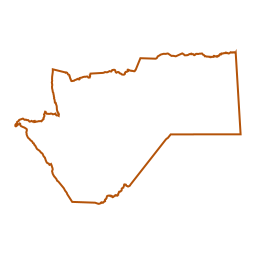 Kitui East, Eastern, Kenya
{"feature_id": "3690345B42600282373755", "entity_name": "Kitui East", "entity_type": "district", "adm_level": 2, "iso_a3": "KEN", "parent_name": "Kenya", "parent_adm1": "Eastern", "projection": "albers", "projection_center": [38.352, -1.41], "detail": "fine", "context": "isolated", "style": "outline", "palette": "amber", "viewbox_px": 256, "rotation_deg": 0, "n_neighbors": 0, "source": "geoboundaries", "source_scale": "gbopen_adm2", "svg_char_len": 5610}
<svg xmlns="http://www.w3.org/2000/svg" viewBox="0 0 256 256"><path d="M235.7,52.7L235.6,52.9L234.9,52.6L234.4,52.6L234.1,52.2L233.2,52.5L232.8,52.3L232.5,52.5L232.0,52.7L231.7,52.6L231.3,52.3L230.7,52.2L230.0,52.7L229.7,53.1L229.1,53.4L228.6,53.5L227.7,53.0L227.3,53.2L226.8,53.0L226.7,53.0L226.1,52.6L225.9,52.6L225.7,53.0L225.3,52.8L225.0,53.1L224.3,53.2L224.0,53.1L223.5,53.3L223.2,53.3L223.0,53.5L222.8,53.6L222.0,53.5L221.6,53.9L221.5,53.6L221.3,53.5L220.9,53.8L220.9,54.1L220.7,54.3L220.1,54.2L219.9,54.7L219.7,54.7L219.2,55.6L218.9,55.7L218.7,55.5L218.3,55.8L218.3,56.1L217.7,56.5L217.4,56.0L216.8,56.1L216.4,56.6L216.0,56.4L215.4,56.4L214.7,56.0L214.3,55.9L213.8,55.9L213.7,56.1L213.8,56.3L213.8,56.6L213.4,56.6L213.3,56.9L212.6,56.9L211.8,56.8L210.9,57.2L210.3,57.2L209.9,56.7L209.2,56.9L208.9,56.7L208.0,56.7L207.9,56.6L207.5,56.6L207.0,56.5L206.5,56.6L205.5,56.1L204.9,56.3L204.1,55.2L202.9,54.6L202.1,53.5L201.5,53.5L200.7,53.7L199.4,53.7L198.4,54.0L197.6,53.9L197.3,54.0L196.9,53.8L196.0,53.9L195.5,54.5L195.1,54.6L194.8,55.0L194.2,55.2L193.8,54.9L193.9,54.5L193.0,54.1L191.8,54.2L191.6,53.7L191.4,53.6L190.4,53.9L190.1,54.2L189.4,54.1L188.0,55.0L187.3,55.1L186.9,55.3L186.4,55.2L185.5,55.3L184.8,55.3L184.3,54.9L183.9,54.4L183.5,54.3L182.6,53.5L182.2,53.4L175.8,56.3L173.1,55.8L171.5,55.9L168.1,53.6L167.6,53.5L165.7,53.9L163.7,53.8L161.7,54.3L160.4,54.7L159.9,55.2L157.7,56.4L157.1,57.7L156.5,58.3L155.7,58.7L140.4,58.2L135.7,69.8L135.3,70.0L135.1,70.6L134.6,71.2L134.1,71.3L133.1,71.0L132.7,71.0L131.8,70.7L131.2,70.9L130.7,70.6L130.3,70.6L129.6,70.4L129.2,70.1L128.8,70.2L128.0,69.6L127.7,69.7L127.6,70.5L127.9,71.2L127.0,71.6L126.7,71.9L125.7,71.9L125.1,72.6L124.9,73.1L125.0,73.6L124.7,74.2L123.9,74.7L123.4,74.7L123.0,74.6L122.1,74.6L120.8,73.6L119.7,73.3L119.5,72.9L119.1,72.7L118.7,72.1L117.8,72.0L117.3,72.2L116.5,72.7L115.8,72.3L115.5,71.6L115.1,70.2L114.0,69.7L113.6,69.9L112.3,70.0L111.3,71.5L110.5,71.4L109.6,71.1L107.5,72.2L106.7,72.3L105.3,72.1L104.6,72.2L103.9,72.7L102.8,72.9L90.5,73.6L90.2,75.0L89.8,75.2L90.1,76.5L89.8,76.9L89.7,77.5L88.7,77.6L88.4,77.6L88.0,77.1L87.7,76.9L87.3,76.5L86.1,76.6L85.4,76.8L84.6,76.7L83.2,77.0L82.6,77.2L81.6,77.7L81.0,77.7L79.5,78.1L79.0,78.7L79.0,79.0L79.3,79.4L79.1,79.5L78.2,79.1L77.7,79.1L77.4,78.9L76.5,79.5L74.4,80.3L74.1,80.7L71.9,81.1L71.4,81.0L71.3,80.4L70.7,79.7L70.5,78.7L70.1,78.1L69.9,77.0L69.5,76.5L69.6,76.1L69.4,75.3L68.9,74.7L68.1,74.5L67.1,72.8L66.7,72.6L65.9,72.3L65.5,72.4L65.4,72.6L64.9,72.3L52.8,69.3L52.8,71.8L52.1,77.0L52.1,78.4L52.0,79.1L52.2,80.8L51.8,82.5L52.1,83.5L52.0,83.9L52.3,84.9L52.0,86.6L52.1,88.3L52.5,90.0L52.8,92.0L53.4,93.1L53.4,93.9L53.8,95.4L53.8,96.2L54.2,97.6L54.0,98.2L54.6,99.9L54.9,102.6L55.6,102.7L55.8,103.0L56.1,104.5L56.4,105.1L56.7,106.2L56.9,109.5L57.3,111.2L57.5,111.7L57.8,112.0L57.9,112.9L58.6,113.4L58.6,113.8L58.9,114.3L58.8,115.0L58.6,115.4L58.6,115.8L57.7,115.3L56.6,115.4L55.6,114.4L55.4,113.6L54.5,114.0L53.0,114.3L52.8,114.3L52.3,113.9L50.9,113.5L50.0,113.9L49.6,113.9L47.5,113.8L46.7,113.7L46.4,113.2L45.7,112.7L45.6,111.8L45.1,111.7L44.7,113.3L44.3,114.1L44.0,114.4L44.0,114.7L44.4,115.1L44.4,116.1L43.9,117.2L43.7,118.0L43.4,118.2L43.6,119.0L43.0,119.5L42.8,119.9L42.5,120.0L42.0,120.5L41.9,120.8L41.5,121.3L40.9,121.1L39.4,121.2L39.0,121.1L37.6,121.5L36.6,121.6L35.8,121.5L35.6,121.9L34.9,122.0L35.0,121.7L35.0,121.4L34.4,121.5L34.2,121.4L34.2,121.2L33.8,121.4L33.6,121.1L33.4,121.1L32.9,121.7L32.5,121.6L31.5,120.9L30.8,121.3L29.9,121.6L29.5,121.6L28.2,120.1L26.9,120.1L26.4,119.8L25.8,119.6L25.0,119.9L24.8,119.8L23.9,119.4L23.3,118.8L22.9,118.6L19.2,119.9L18.9,120.7L18.4,121.1L17.4,121.7L17.1,122.0L17.2,122.8L17.1,123.1L16.2,123.7L15.4,124.7L15.4,125.2L16.1,125.7L16.0,126.0L15.6,126.2L15.7,126.3L16.0,126.3L16.4,126.1L17.6,124.9L18.7,124.3L19.7,123.4L20.2,123.8L20.3,125.1L21.0,126.1L22.9,127.0L24.5,127.6L26.6,129.0L26.8,129.4L26.8,130.8L26.4,131.8L26.3,132.5L26.6,133.3L26.6,134.5L27.4,136.5L28.1,137.8L29.5,139.0L30.1,139.8L31.4,141.0L32.1,141.4L33.0,143.1L33.8,143.4L34.3,144.8L35.3,145.6L35.5,146.4L36.2,147.3L36.6,148.4L37.3,149.2L39.5,150.7L40.3,151.7L40.7,152.1L41.0,152.6L41.8,153.1L42.5,153.7L43.7,156.4L44.9,157.6L45.0,158.2L45.3,158.8L45.7,160.2L46.7,162.4L47.3,163.0L48.9,163.7L49.3,164.7L49.6,164.9L50.2,164.6L51.0,164.0L51.6,165.3L52.0,166.8L52.5,168.1L52.7,169.4L52.1,171.1L52.1,171.6L52.5,172.6L52.6,173.5L53.3,174.9L54.3,176.6L54.7,176.9L56.5,179.2L57.1,180.7L58.3,181.5L63.8,188.2L65.2,190.8L66.1,191.9L66.9,193.1L67.2,194.1L72.2,201.9L95.1,202.7L98.3,203.8L98.8,203.7L99.0,203.8L100.6,203.3L101.0,203.1L101.0,202.6L101.7,202.3L102.0,202.7L102.4,202.8L103.1,202.7L103.4,202.2L105.1,201.2L105.1,200.7L104.8,200.3L105.1,199.6L105.7,199.1L106.0,199.0L106.3,198.3L106.5,198.2L106.8,196.9L107.1,196.1L108.2,195.6L108.8,195.6L109.1,195.8L109.7,195.5L110.0,195.5L110.4,196.0L110.7,195.7L111.1,195.7L112.2,196.2L112.4,196.5L112.2,196.9L112.5,197.2L113.0,197.1L113.1,196.9L114.0,196.2L114.5,196.2L114.8,195.7L115.0,195.8L115.3,195.6L115.2,195.4L115.6,195.2L115.9,195.0L116.6,195.3L116.9,195.7L117.4,195.7L117.6,195.3L118.1,194.9L118.0,194.7L118.2,194.3L118.2,193.7L118.9,192.6L118.9,192.1L119.0,191.9L119.3,191.6L119.8,191.7L120.5,191.5L121.0,190.9L121.5,190.6L121.6,190.4L121.6,189.9L121.8,189.2L121.7,188.7L122.4,188.0L123.3,187.7L123.4,187.2L123.7,186.6L124.0,185.6L124.2,184.5L124.4,184.4L124.8,184.6L125.2,184.5L125.8,184.6L126.0,184.9L126.0,185.2L126.4,185.8L127.4,186.1L127.9,186.5L128.2,186.5L129.1,186.1L130.0,185.5L130.4,184.7L165.9,139.4L167.2,138.3L167.8,138.0L170.7,134.4L240.6,134.3L235.7,52.7Z" fill="none" stroke="#b45309" stroke-width="2"/></svg>